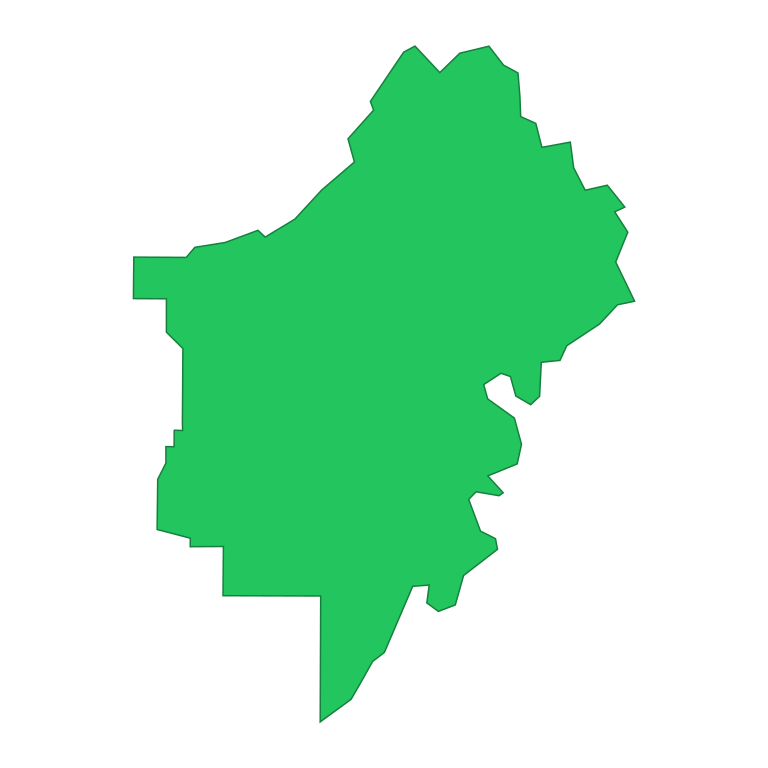 St. Clair, Alabama, United States of America
{"feature_id": "52423323B90675614750768", "entity_name": "St. Clair", "entity_type": "district", "adm_level": 2, "iso_a3": "USA", "parent_name": "United States of America", "parent_adm1": "Alabama", "projection": "orthographic", "projection_center": [-86.295, 33.69], "detail": "fine", "context": "isolated", "style": "filled", "palette": "green", "viewbox_px": 768, "rotation_deg": 0, "n_neighbors": 0, "source": "geoboundaries", "source_scale": "gbopen_adm2", "svg_char_len": 1144}
<svg xmlns="http://www.w3.org/2000/svg" viewBox="0 0 768 768"><path d="M133.4,298.6L166.4,298.8L166.4,332.2L182.9,348.5L182.4,422.2L182.6,430.5L174.4,430.2L174.2,430.7L174.1,446.7L165.9,446.6L165.9,463.1L157.7,479.3L157.1,529.5L190.3,538.2L190.2,546.7L223.4,546.5L223.0,595.7L320.7,596.0L320.2,721.9L351.1,699.3L360.3,683.4L372.6,661.5L384.4,652.4L412.7,586.3L429.2,585.1L426.8,602.9L438.4,611.4L455.3,604.9L463.6,575.5L497.5,549.3L495.5,538.7L480.5,531.1L468.7,499.4L476.1,491.8L499.0,495.7L503.2,492.8L487.8,475.9L517.2,463.9L521.5,444.3L514.4,418.1L487.7,398.9L483.7,384.6L501.0,373.3L510.4,376.5L515.8,396.0L530.7,404.7L539.6,396.3L541.3,362.3L560.0,360.4L566.8,345.7L599.6,324.0L617.5,304.8L634.6,301.2L615.7,262.0L627.8,232.2L614.7,211.8L624.8,207.1L607.3,185.2L585.2,190.2L573.7,167.8L570.3,142.1L541.9,147.3L535.8,123.4L520.7,116.6L519.9,96.2L518.0,73.0L503.5,65.1L488.9,46.2L459.8,53.2L439.8,72.6L415.0,46.1L403.7,52.1L370.4,101.4L373.6,110.1L348.0,138.8L354.4,162.0L321.7,190.0L294.9,219.1L265.1,237.1L258.0,230.3L225.1,242.5L194.9,247.3L186.2,257.4L133.8,257.1L133.4,298.6Z" fill="#22c55e" stroke="#15803d" stroke-width="1.5"/></svg>